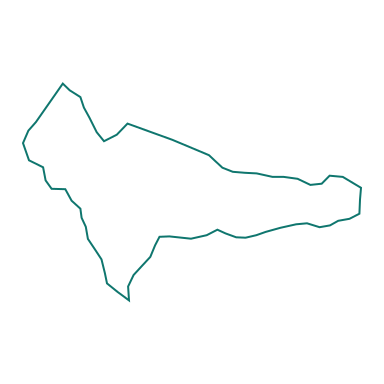 Pedrinhas, Sergipe, Brazil
{"feature_id": "56859067B11472613057936", "entity_name": "Pedrinhas", "entity_type": "district", "adm_level": 2, "iso_a3": "BRA", "parent_name": "Brazil", "parent_adm1": "Sergipe", "projection": "mercator", "projection_center": [-37.653, -11.205], "detail": "fine", "context": "isolated", "style": "outline", "palette": "teal", "viewbox_px": 384, "rotation_deg": 0, "n_neighbors": 0, "source": "geoboundaries", "source_scale": "gbopen_adm2", "svg_char_len": 920}
<svg xmlns="http://www.w3.org/2000/svg" viewBox="0 0 384 384"><path d="M361.0,187.8L342.8,176.9L329.6,175.7L321.7,183.7L310.4,184.9L297.6,178.8L283.8,176.9L272.6,176.9L256.7,173.4L245.0,172.8L232.8,171.8L222.4,167.7L215.5,161.3L209.0,155.2L172.3,139.8L127.5,123.6L116.8,134.7L104.0,141.2L96.7,132.2L89.4,117.6L83.9,107.6L80.4,97.1L69.7,90.3L62.8,83.6L35.9,122.1L28.4,130.6L23.0,143.1L29.0,160.3L43.1,167.3L45.6,180.4L51.6,188.8L65.3,189.2L71.6,200.7L80.4,208.7L81.6,217.8L85.8,226.8L87.9,238.9L94.8,249.2L101.5,259.4L104.9,273.2L107.0,283.4L117.4,291.8L129.0,300.4L128.1,286.5L133.6,275.0L141.5,266.4L150.3,256.9L155.1,245.3L159.5,236.8L169.4,236.4L191.0,238.7L206.7,235.2L217.4,229.7L225.5,233.4L236.2,237.3L245.6,237.7L256.3,235.2L265.7,231.9L280.4,227.8L296.1,224.3L307.0,223.3L319.6,227.2L330.0,225.4L338.2,220.8L349.5,218.8L359.4,213.7L360.0,199.7L361.0,187.8Z" fill="none" stroke="#0f766e" stroke-width="2"/></svg>